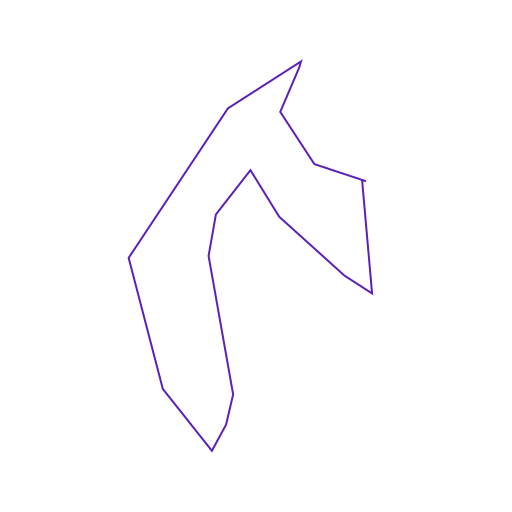 the Municipality of Tivat, rotated 196°
{"feature_id": "MNE-1518", "entity_name": "Tivat", "entity_type": "Municipality", "adm_level": 1, "iso_a3": "MNE", "parent_name": "Montenegro", "parent_adm1": "", "projection": "robinson", "projection_center": [18.687, 42.417], "detail": "fine", "context": "isolated", "style": "outline", "palette": "violet", "viewbox_px": 512, "rotation_deg": 196, "n_neighbors": 0, "source": "natural_earth", "source_scale": "10m", "svg_char_len": 427}
<svg xmlns="http://www.w3.org/2000/svg" viewBox="0 0 512 512"><g transform="rotate(196 256 256)"><path d="M266.4,455.4L266.4,449.2L272.4,401.2L225.2,360.4L171.0,358.2L174.9,358.1L156.2,309.5L134.1,252.0L165.5,261.5L244.5,300.1L285.0,337.0L306.0,284.9L301.6,243.0L239.8,116.6L238.3,85.6L244.7,56.6L245.0,56.8L308.9,102.5L377.9,219.1L323.7,390.2L266.8,454.9L266.4,455.4Z" fill="none" stroke="#5b21b6" stroke-width="2"/></g></svg>